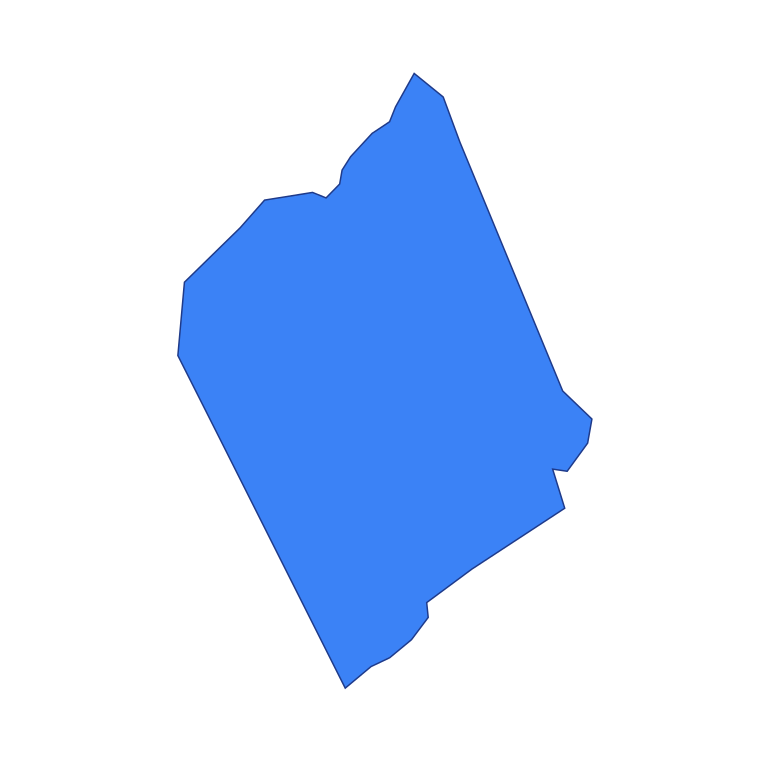 Monte das Gameleiras, Rio Grande do Norte, Brazil, rotated 220°
{"feature_id": "56859067B40912870181920", "entity_name": "Monte das Gameleiras", "entity_type": "district", "adm_level": 2, "iso_a3": "BRA", "parent_name": "Brazil", "parent_adm1": "Rio Grande do Norte", "projection": "mercator", "projection_center": [-35.807, -6.43], "detail": "fine", "context": "isolated", "style": "filled", "palette": "blue", "viewbox_px": 768, "rotation_deg": 220, "n_neighbors": 0, "source": "geoboundaries", "source_scale": "gbopen_adm2", "svg_char_len": 531}
<svg xmlns="http://www.w3.org/2000/svg" viewBox="0 0 768 768"><g transform="rotate(220 384 384)"><path d="M523.1,641.9L560.5,641.3L553.3,603.7L548.3,588.5L554.2,568.4L555.7,536.8L553.6,520.9L546.5,508.7L548.0,489.3L561.9,484.8L593.7,448.1L594.6,411.3L602.3,333.7L560.2,273.3L472.6,235.7L218.2,126.1L212.3,159.2L203.7,178.0L198.6,205.8L200.1,233.6L210.8,244.0L197.7,298.7L165.7,405.0L200.1,427.2L187.6,434.9L190.0,469.6L202.2,490.8L242.6,493.5L481.2,618.0L523.1,641.9Z" fill="#3b82f6" stroke="#1e3a8a" stroke-width="1.5"/></g></svg>